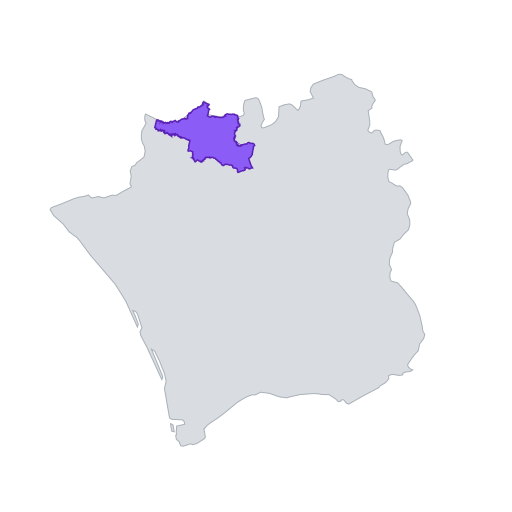 Tonkpi, Dix-Huit Montagnes, Ivory Coast (highlighted), rotated 71°
{"feature_id": "98640826B98350089255378", "entity_name": "Tonkpi", "entity_type": "district", "adm_level": 2, "iso_a3": "CIV", "parent_name": "Ivory Coast", "parent_adm1": "Dix-Huit Montagnes", "projection": "albers", "projection_center": [-7.715, 7.368], "detail": "fine", "context": "in_parent", "style": "filled", "palette": "violet", "viewbox_px": 512, "rotation_deg": 71, "n_neighbors": 0, "source": "geoboundaries", "source_scale": "gbopen_adm2", "svg_char_len": 9616}
<svg xmlns="http://www.w3.org/2000/svg" viewBox="0 0 512 512"><g transform="rotate(71 256 256)"><path d="M120.2,108.1L121.9,108.1L126.1,106.8L130.0,103.9L133.6,98.0L138.5,93.2L144.0,93.5L145.6,92.7L147.6,92.5L149.9,95.6L152.2,98.0L153.9,98.1L155.1,102.6L165.1,104.5L169.4,105.8L173.1,109.1L174.3,109.2L175.8,108.5L177.0,107.3L177.3,106.0L175.7,103.0L176.4,100.4L178.0,97.9L180.6,97.8L184.5,97.1L188.9,97.1L192.3,97.5L193.6,95.1L192.3,88.4L192.6,84.6L193.2,81.5L194.4,80.2L199.4,84.2L203.9,85.6L207.2,85.7L208.1,84.9L206.7,80.6L207.1,79.3L208.3,78.6L210.4,78.1L216.2,76.4L216.8,76.7L217.9,83.5L217.4,85.7L218.7,90.3L220.2,94.6L220.1,96.3L218.8,99.0L217.4,101.4L217.6,102.4L219.9,104.0L224.3,105.7L228.9,106.1L231.4,103.6L234.1,101.6L235.9,99.8L236.5,97.1L239.4,95.1L247.7,92.6L255.4,92.2L257.2,93.0L260.7,96.7L265.1,99.2L271.8,98.9L276.6,100.4L280.8,103.2L283.7,109.6L286.8,114.2L288.1,120.7L293.0,124.1L296.8,125.7L302.0,130.4L307.4,132.8L312.9,132.2L315.5,134.7L319.6,136.4L323.7,136.5L327.3,131.0L332.1,128.8L344.1,124.3L348.9,122.3L353.7,121.0L365.3,120.5L376.2,121.7L381.6,122.7L385.2,121.9L388.8,124.5L392.4,129.9L395.4,131.6L398.4,133.5L400.7,137.8L403.4,142.0L404.9,143.9L408.1,148.1L410.9,148.1L413.7,146.3L414.8,144.9L415.4,147.7L414.4,152.2L414.6,155.0L416.2,156.1L415.4,159.7L412.2,165.9L412.3,169.5L415.5,170.6L417.8,174.5L419.2,181.0L420.6,183.2L420.7,184.6L423.2,200.5L426.2,216.5L424.5,218.6L422.0,219.3L420.4,220.0L419.9,221.5L421.0,223.7L420.4,225.7L417.3,227.1L410.6,232.3L410.1,234.3L408.4,238.7L406.9,241.4L404.8,246.3L401.4,259.3L400.2,270.1L400.1,273.4L398.7,275.7L397.2,279.1L390.0,288.4L386.3,296.0L386.8,299.3L387.0,302.5L385.9,304.9L386.2,311.3L387.2,316.6L388.5,321.8L394.0,336.6L396.9,345.5L398.7,352.8L400.3,357.6L401.7,359.6L402.3,361.5L410.3,362.7L411.8,363.8L414.1,373.2L413.7,377.5L412.2,379.1L412.3,382.7L412.0,387.2L410.8,389.0L406.4,389.2L403.4,391.0L399.4,390.3L399.0,389.2L396.9,388.9L391.0,386.4L391.9,378.2L389.1,377.8L387.0,378.9L383.0,388.8L381.0,390.5L351.5,385.7L345.1,381.7L337.5,380.8L324.2,381.4L313.2,382.7L310.0,385.2L337.8,383.5L340.8,383.8L342.2,385.3L307.1,388.8L293.7,390.8L289.8,390.3L286.8,387.2L272.2,386.9L269.2,387.9L267.5,390.3L273.2,389.7L282.2,389.5L284.6,391.3L256.4,393.8L236.8,398.3L228.5,401.6L201.1,412.4L184.5,417.6L180.1,419.4L172.5,424.7L162.7,428.0L151.8,434.2L145.1,435.6L143.6,433.7L143.4,423.2L142.5,409.2L142.8,403.8L143.7,398.7L143.7,394.6L147.1,393.0L147.9,391.2L148.4,385.8L151.6,380.8L151.6,372.2L152.5,370.4L153.2,368.1L151.9,362.4L150.2,351.7L149.3,351.0L148.6,351.5L146.8,351.7L140.0,348.0L134.7,347.3L131.0,344.2L130.7,340.6L128.9,338.4L127.7,334.3L125.8,329.5L120.6,326.6L115.7,325.9L112.2,326.5L108.1,326.3L103.5,324.7L100.2,322.9L97.2,319.4L94.4,316.6L92.1,317.0L89.3,316.3L86.6,315.0L85.8,314.1L97.1,303.0L101.0,297.5L101.4,294.2L101.4,290.9L102.7,287.4L103.0,282.2L96.7,263.1L95.2,257.2L93.5,255.5L92.4,254.8L95.6,252.4L99.9,253.0L106.6,255.0L108.1,253.1L113.2,243.5L113.0,239.9L112.5,237.4L115.5,230.9L117.8,228.3L119.1,225.6L118.7,221.8L116.9,220.4L114.6,220.7L111.8,219.7L107.5,217.6L105.3,215.7L106.0,207.0L106.4,204.3L107.9,202.7L110.3,202.3L116.9,202.1L122.3,203.0L127.0,203.6L129.5,203.6L131.5,206.2L134.2,208.8L136.6,208.8L137.4,206.8L136.9,198.3L135.3,193.7L131.7,189.4L122.4,185.6L122.2,180.4L123.1,174.7L125.1,172.6L132.0,169.1L130.8,167.1L128.6,165.1L124.2,163.0L125.2,156.2L125.4,150.2L121.7,150.8L117.9,151.2L114.7,149.3L112.1,145.7L111.6,135.6L111.6,123.9L111.1,118.8L112.1,116.0L115.4,113.5L118.9,110.2L120.2,108.1ZM395.6,390.5L394.1,392.8L386.7,391.4L388.4,389.5L395.6,390.5Z" fill="#d9dde1" stroke="#a8b0b8" stroke-width="1"/><path d="M123.4,229.0L123.0,229.5L121.8,228.8L121.1,229.2L120.9,229.0L121.0,228.2L120.4,227.7L120.0,227.7L118.9,228.3L117.9,228.0L117.5,227.7L116.8,228.1L116.6,228.7L116.1,229.0L115.7,230.0L115.0,230.1L114.7,231.2L114.2,231.8L114.2,232.9L112.9,236.0L112.3,236.7L112.2,237.9L112.7,238.8L112.5,239.0L112.7,239.5L113.7,239.4L113.3,240.1L114.3,241.6L113.9,242.2L113.9,243.4L113.0,245.8L111.2,248.5L111.7,249.1L111.3,249.7L111.0,249.6L110.2,250.3L109.9,251.4L109.4,252.2L109.9,254.0L109.5,254.9L108.3,255.5L107.7,256.4L104.7,254.2L102.6,253.3L102.3,252.2L101.2,252.5L100.7,253.4L100.2,253.5L99.6,253.6L98.3,253.4L98.4,252.1L97.8,251.9L97.8,251.2L97.5,251.0L97.2,251.1L95.8,253.1L93.3,255.4L93.3,255.8L94.3,256.8L95.2,256.4L95.7,256.6L95.8,258.1L96.3,258.5L96.1,258.8L96.6,259.6L96.8,261.1L96.7,261.8L96.3,262.0L96.3,262.6L97.1,263.4L97.3,264.5L97.1,265.4L97.4,268.0L99.2,270.6L99.1,270.9L99.5,271.0L99.7,271.3L99.6,271.8L99.0,272.6L99.2,273.0L100.0,273.5L100.2,273.8L100.5,273.9L100.8,274.9L101.2,275.1L101.8,275.0L102.2,275.5L103.2,276.3L103.6,276.0L103.8,276.4L103.8,277.8L103.1,278.1L102.6,278.7L103.0,279.4L102.6,280.7L102.7,281.1L102.4,281.4L103.3,284.7L103.1,285.0L103.3,285.3L103.8,285.3L103.8,285.8L104.1,286.2L103.4,287.4L101.5,288.3L101.9,290.7L102.4,291.6L102.3,291.9L101.3,292.1L101.3,292.6L100.9,293.0L101.5,294.7L101.8,294.8L102.0,294.7L102.2,294.1L102.2,295.0L101.1,296.1L101.6,296.9L101.6,297.1L101.1,297.1L101.1,297.7L100.2,298.2L100.4,300.0L100.1,299.7L99.7,299.7L99.3,300.0L99.2,300.2L99.5,300.5L99.4,300.7L99.1,301.0L98.9,300.8L98.0,301.6L98.2,302.3L97.7,301.8L97.7,302.4L96.9,302.7L96.7,303.1L96.9,304.1L96.8,304.3L96.1,305.0L95.7,304.8L95.5,305.6L95.3,305.6L95.2,305.3L95.1,305.7L101.6,309.9L102.3,309.5L102.6,308.8L103.2,308.7L103.6,309.1L103.7,308.4L104.4,308.0L104.6,307.5L105.5,307.8L105.8,307.8L105.9,307.3L105.7,306.7L105.9,306.5L105.5,306.7L105.5,306.4L106.3,306.0L106.1,305.5L105.5,304.9L105.8,304.8L106.2,305.3L106.4,305.3L106.4,304.7L107.2,304.8L107.3,304.3L107.6,304.5L107.3,304.3L107.2,303.9L106.6,303.5L106.7,303.3L107.4,302.9L107.3,302.4L107.8,302.4L107.7,301.7L108.4,301.7L108.7,301.9L109.0,302.4L108.5,302.8L108.8,303.0L109.6,302.8L109.8,302.4L110.6,302.3L110.6,302.1L110.3,302.1L110.7,301.9L110.8,301.4L110.4,301.3L110.4,300.7L110.7,300.4L110.3,299.8L110.6,299.6L111.1,299.8L111.7,299.3L111.5,299.1L112.2,298.4L112.4,298.4L112.7,298.7L112.9,298.1L113.3,298.2L113.2,297.6L113.7,297.9L114.1,297.2L114.4,297.5L114.9,297.2L114.4,297.2L114.7,297.0L114.8,296.7L114.5,296.6L114.7,296.4L114.0,296.0L114.2,295.9L114.3,295.4L114.0,295.1L113.9,295.7L113.7,295.9L113.4,295.5L113.6,295.4L113.5,294.7L114.3,294.1L114.6,294.3L114.8,294.1L114.3,294.0L114.2,293.3L114.4,293.2L114.5,293.5L114.8,293.3L114.1,293.0L114.1,292.6L114.0,292.8L113.8,292.6L113.9,292.4L114.3,292.4L114.8,292.0L115.3,292.4L115.1,291.9L115.5,291.6L115.5,290.9L115.9,290.7L116.2,290.9L116.0,291.4L116.6,290.9L117.2,290.7L117.0,290.4L117.7,290.3L117.7,289.8L118.2,289.8L118.9,289.3L118.5,289.1L118.7,288.6L119.1,288.9L119.2,288.4L119.8,288.5L119.7,288.1L120.1,287.8L119.8,287.6L120.2,287.4L120.2,287.1L120.4,286.9L120.3,286.6L120.7,285.9L121.3,285.3L121.5,284.8L122.6,284.3L122.7,283.9L123.8,283.0L123.8,282.3L124.6,282.1L125.1,280.9L125.9,281.2L129.6,283.6L131.9,284.3L133.7,285.8L134.8,285.9L135.2,283.7L136.0,283.0L136.5,282.3L137.1,281.9L138.3,282.6L139.7,282.5L139.7,282.8L140.5,283.4L140.8,283.4L141.4,283.8L141.8,283.5L142.4,283.7L142.7,284.0L142.6,284.4L143.1,283.9L143.6,283.8L143.3,283.5L143.3,283.2L144.0,283.3L146.9,283.1L147.2,282.4L146.0,280.2L147.1,279.1L147.4,279.1L148.2,278.1L148.5,278.0L148.3,277.8L148.4,277.5L148.8,277.2L148.6,277.0L148.6,276.8L149.0,276.9L149.2,277.1L149.5,276.8L149.0,276.3L149.1,275.9L148.9,275.4L148.5,275.5L148.2,275.2L148.5,274.8L148.3,274.8L148.2,274.1L147.8,274.0L147.9,273.5L147.7,273.0L147.8,272.7L147.6,272.5L147.3,272.7L146.7,272.4L146.6,271.5L146.7,271.2L146.4,271.3L146.3,271.0L146.7,270.7L146.8,269.9L147.3,269.1L147.4,268.5L147.2,267.8L147.5,267.5L148.1,267.8L148.5,266.9L148.3,266.2L148.6,264.7L149.7,264.1L149.9,263.2L150.5,262.7L151.5,262.5L151.9,261.7L152.5,261.6L152.8,261.7L153.7,261.0L154.3,260.9L154.2,260.7L154.7,259.9L155.3,259.8L156.0,259.4L156.2,259.5L156.5,258.9L158.6,258.7L159.0,258.4L159.1,258.0L159.8,257.7L159.7,256.6L159.3,255.8L159.5,255.3L159.3,254.9L159.8,254.1L159.9,253.3L161.6,251.2L161.8,249.8L162.4,249.6L162.7,248.9L164.9,249.0L165.6,248.3L166.2,246.9L167.1,245.6L168.4,245.4L170.0,246.0L171.1,245.8L171.2,245.2L171.0,243.6L170.9,241.0L171.2,240.5L171.2,238.6L170.8,238.1L168.9,238.1L168.8,237.4L168.9,236.8L169.7,236.5L169.9,235.2L171.4,234.1L171.6,233.2L171.2,232.2L171.6,230.6L168.8,231.2L161.5,231.2L161.3,231.0L161.4,230.7L161.1,230.4L161.0,229.4L160.4,228.6L160.2,228.1L159.4,227.5L158.9,226.4L158.0,226.3L157.8,226.1L157.6,226.1L156.8,225.4L155.9,225.1L153.1,223.3L151.6,222.8L151.1,221.3L149.9,221.3L149.0,221.8L148.2,222.9L148.0,224.1L146.5,225.5L146.3,226.0L146.3,226.9L147.0,227.8L147.0,228.4L146.7,229.0L146.8,229.7L146.5,230.5L146.5,232.2L146.2,233.5L146.8,233.8L147.2,234.3L147.1,234.5L146.5,234.5L146.1,234.8L146.6,235.4L146.6,236.0L146.2,236.2L146.3,236.8L145.9,237.4L145.3,237.4L145.1,237.8L144.6,237.0L144.6,237.4L144.2,237.5L143.8,237.9L143.1,237.9L142.7,237.6L142.8,237.3L142.6,237.0L142.3,237.4L141.5,237.3L141.1,237.7L141.3,238.3L140.6,238.5L140.2,238.9L139.5,238.7L139.1,239.0L138.2,238.1L137.8,238.6L137.4,238.6L136.9,238.2L137.0,237.5L136.4,237.7L136.1,237.5L135.9,236.9L136.1,236.7L135.9,236.3L135.2,236.6L134.8,236.5L134.2,236.6L132.4,236.2L132.2,235.8L131.8,235.6L131.8,235.2L131.6,234.9L131.0,234.6L130.7,234.8L131.0,233.7L130.8,233.3L130.4,233.5L130.0,233.3L129.6,232.5L129.0,232.6L128.6,232.3L128.4,232.5L128.2,232.5L128.1,231.6L128.4,231.3L128.1,230.8L127.9,230.7L128.1,230.1L127.8,230.0L127.6,228.9L126.7,228.8L126.7,228.7L126.3,228.9L126.0,228.7L125.9,229.2L125.1,229.6L124.5,229.4L124.4,229.1L123.9,229.3L123.4,229.0Z" fill="#8b5cf6" stroke="#5b21b6" stroke-width="1.5"/></g></svg>